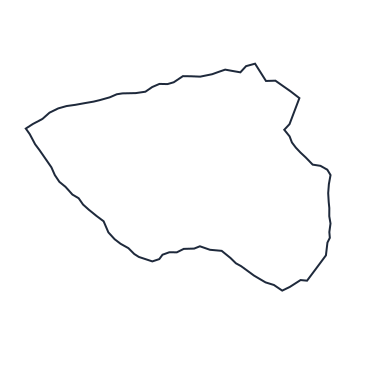 Esperança Nova, Paraná, Brazil (Albers equal-area conic projection), rotated 341°
{"feature_id": "56859067B5777804662884", "entity_name": "Esperança Nova", "entity_type": "district", "adm_level": 2, "iso_a3": "BRA", "parent_name": "Brazil", "parent_adm1": "Paraná", "projection": "albers", "projection_center": [-53.801, -23.723], "detail": "fine", "context": "isolated", "style": "outline", "palette": "slate", "viewbox_px": 384, "rotation_deg": 341, "n_neighbors": 0, "source": "geoboundaries", "source_scale": "gbopen_adm2", "svg_char_len": 1288}
<svg xmlns="http://www.w3.org/2000/svg" viewBox="0 0 384 384"><g transform="rotate(341 192 192)"><path d="M293.4,91.2L284.1,90.6L276.7,94.6L270.0,90.9L263.2,87.1L256.2,87.1L249.4,87.2L237.3,85.6L228.6,82.2L221.1,79.5L210.5,82.3L204.0,82.0L196.4,79.2L188.5,79.8L180.6,82.0L171.1,80.2L158.3,76.1L152.7,75.1L145.0,75.7L134.7,75.1L128.4,74.5L119.8,73.1L110.1,71.6L101.4,69.9L92.7,69.4L83.1,70.6L74.4,74.2L63.6,75.9L55.5,77.9L57.4,84.4L58.3,90.0L59.2,95.8L61.4,102.6L63.9,111.5L67.1,122.9L67.8,131.3L69.9,139.2L74.1,146.0L78.1,155.5L82.8,161.0L84.9,168.4L88.7,175.2L93.8,183.4L98.9,190.9L99.8,203.0L103.5,211.5L107.6,217.7L113.6,224.4L117.2,231.8L120.6,236.1L131.9,244.7L139.2,244.8L143.7,241.7L151.0,241.6L158.0,244.1L165.7,243.1L175.6,246.2L181.8,245.9L190.2,252.5L200.9,257.3L206.9,266.9L210.3,273.7L214.2,278.0L223.4,291.2L227.4,295.9L232.1,301.4L239.2,306.6L245.2,314.6L253.6,313.6L266.0,310.6L271.9,313.3L289.4,301.4L298.0,295.5L303.6,283.9L307.4,280.2L308.8,274.6L312.7,266.9L313.9,259.6L316.6,251.9L318.0,246.0L320.4,237.4L324.0,229.1L328.5,221.1L327.2,215.0L322.0,209.1L315.0,205.4L310.8,196.4L307.4,190.0L304.6,183.8L302.6,177.7L302.4,171.2L299.5,163.2L306.3,159.6L324.1,138.2L318.1,129.1L307.1,113.9L298.1,111.1L293.4,91.2Z" fill="none" stroke="#1e293b" stroke-width="2"/></g></svg>